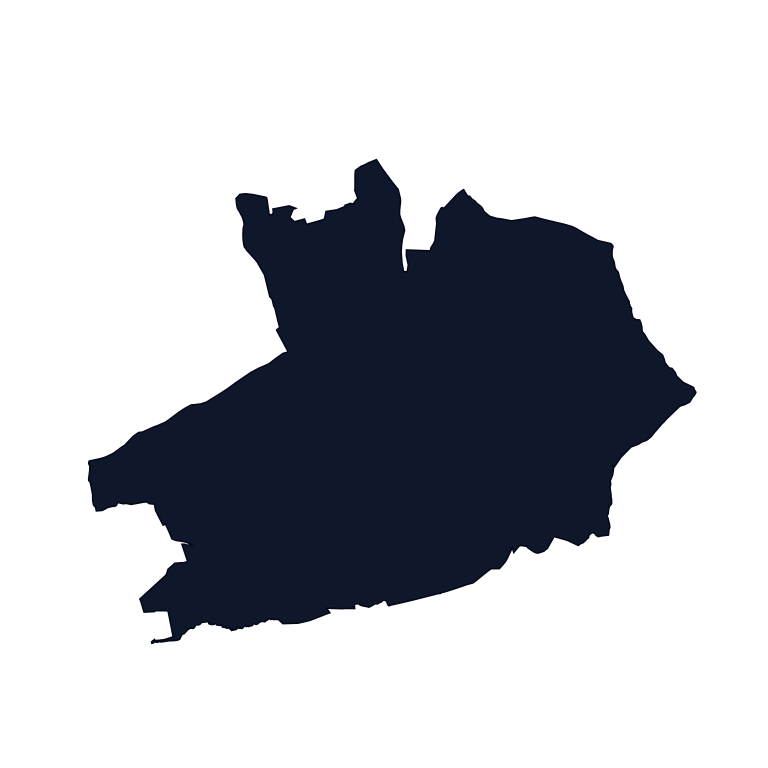 outline of Voila, Brasov, Romania, rotated 81°
{"feature_id": "2599482B13078719041336", "entity_name": "Voila", "entity_type": "district", "adm_level": 2, "iso_a3": "ROU", "parent_name": "Romania", "parent_adm1": "Brasov", "projection": "albers", "projection_center": [24.863, 45.81], "detail": "fine", "context": "isolated", "style": "filled", "palette": "ink", "viewbox_px": 768, "rotation_deg": 81, "n_neighbors": 0, "source": "geoboundaries", "source_scale": "gbopen_adm2", "svg_char_len": 6154}
<svg xmlns="http://www.w3.org/2000/svg" viewBox="0 0 768 768"><g transform="rotate(81 384 384)"><path d="M560.5,658.2L571.8,656.7L572.9,646.4L572.2,645.1L573.6,636.1L574.4,632.8L600.7,631.8L602.0,640.0L602.1,643.5L601.9,644.2L602.0,645.9L601.5,650.1L602.1,650.1L602.2,650.3L601.8,650.9L600.5,650.8L602.2,653.9L603.8,653.9L603.8,652.6L602.8,650.8L603.0,650.0L603.4,649.3L603.7,647.8L603.1,646.2L603.8,645.3L604.0,642.8L604.0,636.4L604.6,632.0L604.7,627.8L604.1,625.7L599.7,622.7L599.3,620.3L595.7,615.9L595.0,613.7L595.0,612.2L595.5,611.4L595.5,610.3L594.2,608.8L592.7,607.9L592.6,607.1L592.9,604.7L592.5,603.3L590.9,601.3L591.3,594.5L591.6,594.1L592.9,594.6L593.8,594.1L593.8,593.6L594.5,592.3L594.8,590.8L594.8,589.2L594.4,588.1L594.4,587.7L594.8,587.0L595.8,587.0L596.1,586.4L596.2,585.4L596.8,584.0L596.7,582.2L597.3,581.8L598.4,581.8L598.9,581.4L599.2,580.7L599.5,578.8L600.4,578.0L600.7,577.3L600.5,575.9L600.8,575.3L601.9,574.5L602.4,573.6L603.6,573.2L603.4,572.0L603.6,571.1L603.4,570.1L603.3,568.0L601.8,567.0L601.6,566.3L602.3,566.0L603.2,562.7L603.1,562.0L601.6,560.2L601.4,559.6L601.5,558.9L602.0,558.1L601.9,556.9L602.4,555.7L602.3,554.8L601.9,553.8L602.2,553.0L602.1,552.5L601.5,551.3L600.6,550.5L600.4,549.9L600.5,549.6L601.3,548.5L601.5,547.1L600.9,545.8L600.2,544.8L599.5,543.1L599.4,541.4L600.2,539.2L600.1,538.5L599.3,537.6L598.9,536.1L597.9,534.5L598.1,533.7L598.8,532.9L598.8,531.3L598.9,530.6L599.4,529.9L599.5,527.9L599.8,526.9L599.9,525.3L604.9,521.4L606.8,506.3L606.0,494.6L602.3,477.6L601.5,473.2L596.5,475.8L599.5,459.9L599.5,458.7L601.2,448.1L596.8,447.7L597.1,443.3L598.2,442.6L599.2,441.1L600.0,439.2L601.4,435.3L602.0,434.2L602.0,433.3L601.1,430.8L600.8,429.7L600.3,429.0L599.7,426.8L600.2,425.0L599.2,422.6L599.0,420.9L597.4,418.7L597.8,416.7L599.5,415.3L602.8,414.8L603.9,413.7L603.4,411.5L603.3,408.7L601.9,389.2L599.5,363.7L599.7,361.2L599.5,360.4L599.1,360.2L598.8,355.9L595.0,333.0L594.4,327.3L593.9,326.1L585.9,312.3L583.2,307.2L584.4,298.9L584.2,298.6L578.6,292.0L576.0,289.9L565.8,282.9L570.8,282.2L565.4,276.2L564.9,274.0L566.7,268.5L568.4,267.4L573.0,262.6L574.4,260.5L574.9,259.3L575.1,257.9L574.3,253.0L573.9,251.6L573.2,250.7L572.0,248.4L561.3,239.9L567.0,227.5L573.9,217.4L572.5,214.9L571.9,212.2L571.2,211.0L568.8,207.8L567.7,205.9L566.0,205.6L564.7,204.2L563.5,201.9L564.0,199.9L564.6,199.3L566.8,198.1L567.9,196.8L568.3,196.0L568.1,193.2L568.3,187.2L568.4,186.1L568.0,185.8L562.8,184.5L561.1,183.4L558.3,183.2L551.1,183.8L549.5,184.6L547.3,182.9L544.9,182.3L540.9,180.9L540.2,180.4L538.1,178.1L537.6,177.9L533.2,177.2L531.9,177.5L529.2,177.1L522.4,177.0L520.5,176.6L518.6,175.7L515.0,175.7L509.4,172.3L503.2,170.4L500.3,170.6L501.8,169.3L493.6,161.6L484.8,149.8L483.3,142.1L481.7,138.7L480.8,134.0L479.9,131.8L479.0,130.9L478.6,129.6L477.8,128.4L474.4,124.7L466.8,115.7L465.7,114.0L462.8,110.5L452.4,95.6L451.8,93.4L451.5,90.6L449.7,84.9L445.7,81.5L442.8,78.4L440.9,77.2L438.7,78.2L435.8,78.8L429.5,87.9L428.4,88.9L422.1,93.7L418.3,94.5L413.6,97.1L412.9,99.2L412.4,99.9L411.4,100.7L406.9,103.1L403.8,103.3L398.9,104.4L394.0,108.8L383.0,116.0L374.8,119.3L372.8,120.8L368.3,120.4L363.9,120.7L360.7,121.5L360.0,124.8L358.4,126.8L357.5,127.5L356.3,127.9L352.0,128.3L349.1,128.0L348.1,127.6L345.3,128.8L343.9,128.9L342.4,129.4L341.3,128.9L332.7,131.8L328.6,132.8L324.8,132.8L316.8,134.6L310.1,135.2L307.4,136.9L304.9,137.6L299.5,137.6L294.5,138.7L292.5,138.6L288.2,137.9L286.3,137.3L284.7,136.5L283.7,136.3L282.8,136.6L280.7,138.1L275.9,150.2L266.9,162.1L260.5,169.9L257.9,173.6L254.7,180.4L246.6,200.1L242.7,208.9L242.7,214.5L242.9,217.7L242.8,232.4L239.5,241.7L238.1,246.5L235.3,252.6L234.5,253.7L229.2,258.3L225.7,259.3L223.7,260.6L219.7,264.3L217.7,265.4L215.2,268.1L211.9,270.1L211.8,270.7L212.0,271.2L211.9,271.6L209.1,273.1L204.5,274.9L204.5,275.3L205.0,276.4L207.2,280.7L209.1,283.5L219.3,296.5L219.5,297.3L219.4,298.2L218.8,299.0L218.8,299.5L219.3,300.2L221.4,301.9L226.1,305.3L228.4,306.4L233.9,306.8L250.7,311.4L253.3,313.3L256.4,316.1L259.7,317.5L255.1,340.9L260.8,341.9L270.2,341.4L276.8,343.6L276.1,347.0L267.5,347.3L256.5,346.4L250.4,345.1L244.2,343.3L235.4,339.6L231.2,339.8L222.6,341.7L218.9,342.1L214.3,341.3L206.8,339.2L203.5,338.8L194.0,339.6L186.2,344.1L171.4,351.8L161.2,356.4L163.0,364.4L164.7,369.5L165.4,372.7L168.5,378.8L172.8,379.9L187.8,382.3L187.9,382.6L196.6,380.9L198.3,383.2L201.4,386.3L200.3,389.0L201.4,394.6L202.5,394.4L204.6,403.4L204.5,414.3L211.8,417.0L212.6,421.6L214.2,435.6L208.6,436.7L209.7,447.1L204.6,451.0L197.0,446.2L196.9,444.2L196.7,443.5L193.2,449.8L193.8,466.4L197.7,466.4L197.8,467.0L199.0,467.0L199.0,470.9L182.0,470.7L181.5,471.4L181.0,471.6L176.4,483.8L174.5,490.6L174.2,494.2L174.2,496.9L177.7,501.2L184.6,501.5L187.9,501.2L192.1,499.5L197.5,497.7L201.9,497.1L204.9,497.3L208.3,498.7L214.0,499.9L219.7,500.6L223.6,500.7L226.7,500.5L229.1,499.1L229.6,499.2L240.9,491.8L244.1,490.0L256.4,485.4L256.9,485.0L280.0,483.1L282.9,481.2L290.3,480.7L290.5,480.2L291.5,479.9L306.2,478.8L311.3,478.2L312.9,479.6L313.3,481.1L314.0,481.7L337.4,473.6L337.9,478.9L341.7,486.6L346.1,494.6L348.9,505.4L351.6,513.4L359.2,529.5L364.7,540.2L368.8,549.6L374.0,562.1L375.0,567.7L374.8,574.0L374.5,577.8L376.9,584.5L379.8,591.0L385.4,601.5L387.4,605.5L387.9,607.0L388.4,609.4L389.6,613.8L390.5,618.5L393.7,630.3L393.5,633.8L394.6,636.3L396.7,640.3L403.9,649.6L405.4,653.2L409.7,661.3L410.5,663.4L412.4,669.9L412.9,672.5L413.3,675.7L414.0,687.3L415.6,688.0L416.6,688.1L418.9,687.4L419.7,687.5L423.8,688.3L431.2,690.5L433.4,690.8L434.1,689.7L439.4,689.3L447.8,689.1L452.9,689.9L456.5,689.9L458.2,689.8L459.5,688.8L461.3,688.1L464.4,688.0L464.8,681.9L462.7,676.0L462.4,670.5L462.8,669.3L461.9,667.1L460.4,666.3L459.4,665.1L460.2,663.7L461.5,660.3L461.6,657.4L463.4,652.6L463.1,639.5L463.4,636.6L465.3,634.8L466.3,631.7L466.7,629.6L473.2,629.4L479.3,627.5L488.9,624.3L488.1,621.8L497.2,619.2L503.7,617.7L505.5,614.9L506.1,613.5L508.3,606.6L509.0,604.9L511.4,600.8L512.7,599.2L512.5,600.5L512.5,602.7L511.9,604.8L511.2,605.4L510.6,608.7L528.6,605.7L529.1,609.2L528.3,618.6L533.2,626.3L538.4,628.9L558.2,658.8L560.5,658.2Z" fill="#0f172a" stroke="#020617" stroke-width="1.5"/></g></svg>